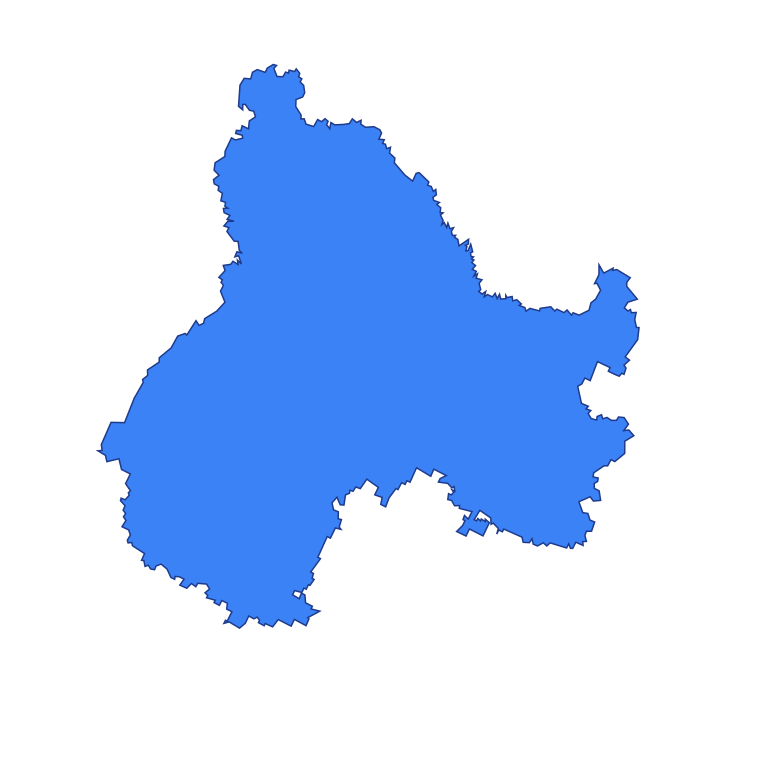 outline of Upper Lachlan, New South Wales, Australia, rotated 17°
{"feature_id": "25037944B54834386088268", "entity_name": "Upper Lachlan", "entity_type": "district", "adm_level": 2, "iso_a3": "AUS", "parent_name": "Australia", "parent_adm1": "New South Wales", "projection": "mercator", "projection_center": [149.525, -34.419], "detail": "fine", "context": "isolated", "style": "filled", "palette": "blue", "viewbox_px": 768, "rotation_deg": 17, "n_neighbors": 0, "source": "geoboundaries", "source_scale": "gbopen_adm2", "svg_char_len": 6170}
<svg xmlns="http://www.w3.org/2000/svg" viewBox="0 0 768 768"><g transform="rotate(17 384 384)"><path d="M207.9,108.3L207.2,111.3L201.5,111.6L201.8,114.5L198.7,114.5L197.5,119.7L191.8,121.2L186.4,114.4L188.1,110.8L184.7,110.8L180.0,116.0L179.3,120.7L170.9,120.4L167.1,124.3L167.3,131.2L160.9,132.6L158.9,140.3L163.7,161.0L168.7,163.1L167.2,158.0L169.5,157.1L175.3,161.6L179.6,161.2L183.0,166.1L178.3,171.8L179.8,179.6L172.8,178.5L173.1,183.6L168.7,184.6L168.9,187.8L175.7,187.6L177.0,190.2L170.5,194.1L166.2,193.2L164.0,207.9L165.3,213.0L157.8,221.8L159.0,229.2L165.2,232.6L161.2,238.3L163.1,242.2L168.2,243.2L168.8,247.3L173.7,248.9L174.4,256.5L179.3,256.6L179.9,260.6L183.1,261.5L179.1,263.1L181.0,266.9L187.3,267.8L185.8,272.5L193.0,272.2L187.1,274.1L184.7,279.7L189.9,279.8L189.2,284.1L199.0,291.2L202.8,290.3L206.5,298.5L210.3,300.5L204.7,300.5L204.2,306.0L207.4,303.9L212.6,310.9L207.6,308.4L209.5,312.4L203.7,310.8L202.4,314.4L195.6,317.6L198.9,322.0L194.9,330.3L199.0,331.7L198.4,334.3L201.6,336.6L200.5,343.0L208.0,352.3L202.7,363.3L193.4,373.9L193.7,378.7L190.0,382.0L185.7,378.4L181.1,394.8L179.1,393.8L172.7,398.5L169.9,411.7L161.4,424.6L162.6,428.8L153.7,439.7L155.5,444.9L151.8,450.3L153.3,452.9L149.3,470.6L147.2,496.8L134.2,500.5L131.4,524.7L133.9,529.9L130.0,531.5L138.5,533.7L141.7,539.3L152.4,533.0L158.0,542.5L167.7,544.2L166.0,554.8L172.7,560.2L171.3,562.8L172.9,564.9L170.3,570.4L166.0,570.0L166.1,572.6L172.0,576.1L171.4,580.9L174.8,583.4L173.7,587.2L177.1,589.9L175.2,597.1L182.5,598.2L185.6,602.6L184.2,608.4L185.7,610.8L189.1,609.4L190.8,612.2L204.6,616.2L203.7,623.5L206.0,623.1L208.8,628.3L211.7,626.2L214.8,629.1L218.9,628.7L219.2,624.7L223.5,621.4L230.6,624.4L236.8,631.3L240.9,632.0L240.5,629.1L244.6,628.2L249.9,629.1L247.5,636.0L255.1,637.0L258.2,631.1L263.3,632.9L264.1,629.1L272.8,627.2L277.1,631.0L273.9,636.0L277.2,637.6L276.8,640.3L285.8,640.1L285.4,642.7L291.3,643.8L292.2,638.5L298.3,639.4L299.4,645.3L305.1,646.2L303.4,656.5L301.5,656.3L300.9,659.7L305.5,656.8L317.2,659.7L321.3,653.4L322.5,645.4L328.2,646.6L330.9,644.0L334.1,646.5L333.7,648.9L340.1,650.2L340.4,647.8L348.5,648.8L351.7,640.2L366.0,642.7L367.1,635.3L380.1,637.9L380.9,630.5L379.4,629.7L389.0,620.0L380.0,620.4L380.5,617.5L373.0,616.2L370.0,608.8L366.2,608.1L365.7,614.1L358.3,612.4L358.9,607.7L366.4,607.4L367.1,602.6L369.6,603.0L370.4,598.0L372.1,598.2L374.3,591.3L372.1,590.9L371.9,585.8L368.9,585.2L374.3,569.6L371.4,569.0L374.3,546.5L377.8,547.1L379.6,535.9L385.3,535.6L383.0,533.9L382.9,526.1L379.6,526.3L377.7,519.6L372.6,519.1L369.0,512.9L372.1,506.0L377.4,512.3L381.1,511.5L379.6,501.3L382.9,498.6L382.5,495.6L385.8,495.6L387.1,490.7L391.9,491.0L395.4,480.0L408.8,484.5L407.6,492.7L415.4,493.0L416.1,500.1L421.5,501.0L422.1,491.5L426.0,480.5L428.2,480.9L429.7,473.2L433.5,473.9L434.2,469.8L437.6,470.3L439.6,454.6L455.7,458.6L456.5,450.9L470.3,453.3L465.3,458.1L464.7,461.9L474.0,460.4L479.3,463.5L481.0,461.6L483.0,465.8L480.1,465.4L482.3,467.2L480.7,470.4L477.8,470.0L478.8,475.9L482.7,475.6L487.1,479.8L491.8,478.1L492.4,480.9L505.4,480.3L504.1,488.6L499.4,486.2L499.2,490.6L501.4,490.9L500.6,496.3L496.6,503.8L506.9,505.4L508.1,497.7L523.1,500.3L525.3,485.8L520.4,483.7L521.0,485.9L516.5,484.7L516.4,486.8L513.1,485.2L512.5,487.8L509.9,487.4L512.6,476.8L525.3,480.9L527.4,486.9L529.1,485.1L535.6,488.7L535.7,494.6L536.4,490.1L540.4,490.7L540.9,487.7L560.7,490.1L563.4,494.7L569.4,493.2L570.8,488.7L573.5,493.5L578.1,494.0L582.8,489.3L587.0,491.3L589.3,487.4L606.6,487.4L607.4,482.8L610.3,486.6L612.5,486.1L613.7,479.2L621.6,480.2L620.2,476.7L623.6,475.3L620.4,470.2L620.6,465.7L625.5,464.1L625.8,454.4L620.8,453.9L616.8,448.2L611.7,448.9L604.8,439.6L614.0,431.6L618.5,434.7L625.2,432.0L621.0,423.3L615.7,422.3L614.1,417.7L616.8,414.7L616.3,411.3L611.1,411.7L610.5,407.6L618.4,397.8L621.8,396.9L623.2,390.0L627.4,390.7L634.5,380.0L631.0,368.3L638.0,360.4L631.5,356.4L626.9,358.5L629.5,350.9L623.4,345.9L617.9,347.0L617.0,350.8L612.1,352.3L607.0,350.8L603.4,353.3L601.0,349.8L597.3,352.8L597.9,356.3L592.3,356.5L587.8,352.5L589.5,348.9L584.5,348.7L585.9,345.6L578.5,344.8L569.9,329.6L573.2,326.0L574.3,319.6L580.2,320.5L581.6,300.2L595.4,302.2L594.8,306.2L600.9,307.2L606.6,307.8L608.3,304.2L610.7,304.6L610.8,298.0L608.0,295.8L611.8,289.4L606.7,287.6L613.6,267.4L611.4,255.5L608.9,256.1L605.0,249.2L604.2,241.9L599.6,243.5L597.9,240.7L595.9,242.9L591.6,240.9L593.3,234.5L601.4,228.8L587.6,219.7L586.4,215.8L588.4,210.4L573.2,206.5L569.4,208.5L569.2,206.3L561.7,213.7L554.8,207.2L557.6,216.6L556.0,226.5L558.2,225.4L563.7,231.0L561.6,240.9L558.2,245.9L558.5,253.5L550.4,261.1L544.0,260.6L543.2,263.4L537.4,259.7L535.3,263.1L527.4,261.9L526.0,264.3L520.9,261.4L511.2,266.0L511.4,268.6L501.5,269.0L498.5,272.9L496.4,269.7L490.3,269.3L491.9,267.3L486.4,264.6L482.8,266.8L481.0,262.9L476.4,265.3L474.6,263.7L475.6,266.8L470.8,268.6L468.2,264.4L467.3,269.3L463.8,264.8L462.2,269.0L456.8,268.2L454.4,271.3L454.2,265.8L451.6,269.3L447.5,267.8L448.9,265.5L445.5,259.9L447.2,255.7L441.2,255.9L441.1,251.3L438.3,254.6L439.3,249.3L434.9,248.5L436.9,244.0L432.4,242.2L433.7,239.1L431.0,238.7L432.4,236.3L429.7,236.4L428.4,233.1L430.2,231.7L426.1,225.0L425.5,231.7L423.4,232.8L423.1,228.2L421.3,227.5L423.8,225.4L422.6,220.9L415.4,230.0L412.3,224.1L408.4,223.0L409.0,220.9L406.0,221.9L403.8,218.5L404.8,214.2L401.7,216.2L398.1,211.5L398.2,216.0L394.3,212.0L392.7,214.7L392.7,210.3L388.6,205.9L390.4,203.1L387.5,203.6L386.7,198.8L382.0,196.9L383.9,194.2L377.8,193.9L376.2,191.2L378.8,187.8L376.6,182.8L374.9,185.4L371.4,181.3L367.6,181.2L367.8,177.7L355.8,171.6L353.2,173.1L352.0,181.6L342.9,178.1L329.2,169.4L328.3,164.7L321.8,161.6L321.0,155.7L317.7,158.2L315.3,154.3L312.4,154.3L312.8,150.3L307.5,151.4L308.3,144.8L305.7,142.1L299.1,140.9L291.2,143.9L285.9,142.3L285.0,138.5L281.3,141.9L276.2,139.7L274.7,145.1L269.4,147.6L261.1,150.6L256.8,149.5L257.5,155.8L253.3,152.7L253.7,149.1L250.0,147.5L247.6,151.4L243.2,150.5L241.5,158.3L233.5,158.3L230.1,153.7L227.2,154.9L226.1,151.1L218.5,144.5L216.7,137.7L222.3,133.3L223.0,128.6L219.9,122.0L215.5,119.6L216.2,116.2L212.6,115.2L212.6,111.6L207.9,108.3Z" fill="#3b82f6" stroke="#1e3a8a" stroke-width="1.5"/></g></svg>